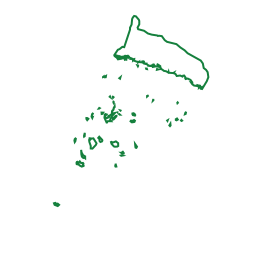 the district of Midi, Hajjah, Yemen, rotated 298°
{"feature_id": "15242507B83103205988735", "entity_name": "Midi", "entity_type": "district", "adm_level": 2, "iso_a3": "YEM", "parent_name": "Yemen", "parent_adm1": "Hajjah", "projection": "albers", "projection_center": [42.574, 16.143], "detail": "fine", "context": "isolated", "style": "outline", "palette": "green", "viewbox_px": 256, "rotation_deg": 298, "n_neighbors": 0, "source": "geoboundaries", "source_scale": "gbopen_adm2", "svg_char_len": 5941}
<svg xmlns="http://www.w3.org/2000/svg" viewBox="0 0 256 256"><g transform="rotate(298 128 128)"><path d="M226.1,80.5L221.0,82.6L217.5,82.7L215.8,83.6L197.6,86.7L197.0,84.9L193.7,83.5L192.3,82.3L186.1,81.7L186.1,83.1L186.5,83.1L186.8,84.3L186.5,85.4L186.1,85.6L186.8,85.9L186.4,86.5L187.2,87.6L187.5,87.3L187.6,87.9L186.8,88.7L187.7,88.8L189.4,91.0L190.4,91.5L190.8,92.8L191.8,94.0L191.5,95.2L190.4,95.1L190.1,93.4L189.7,94.0L188.9,91.5L188.9,92.6L187.4,92.3L186.2,94.0L187.4,92.3L187.9,92.4L188.7,93.6L188.0,93.9L187.6,94.3L186.9,94.0L187.5,94.5L188.5,93.7L189.4,93.6L191.0,97.1L191.2,99.5L190.9,99.3L191.1,99.7L190.4,100.3L191.0,100.7L190.4,100.9L191.0,101.0L190.5,101.1L191.1,101.4L190.3,101.7L190.7,104.8L191.4,106.2L191.0,106.3L191.7,106.7L191.4,106.8L192.6,109.7L192.9,109.9L193.6,109.5L194.2,110.5L194.0,111.0L192.7,111.3L192.8,111.7L192.5,111.4L192.7,110.7L192.4,111.6L192.8,113.5L193.5,114.2L193.1,114.5L192.9,116.6L192.0,115.9L193.0,117.4L193.1,117.9L192.6,117.2L193.8,119.8L193.8,119.3L194.1,119.5L193.8,118.7L195.2,120.6L195.8,120.4L196.2,120.9L195.7,121.9L195.3,121.4L194.6,121.5L194.1,120.4L193.5,121.2L195.7,123.9L196.7,127.1L197.3,126.7L197.0,125.3L197.9,124.3L197.9,123.4L198.1,124.1L197.8,127.4L196.0,128.6L196.1,129.2L195.5,129.6L195.7,130.8L195.3,132.8L196.0,135.1L195.9,137.6L196.5,137.5L195.9,138.0L197.7,142.1L198.5,142.6L197.8,142.6L198.0,144.6L196.8,146.6L198.8,149.4L199.0,152.0L200.1,152.1L200.7,153.0L199.4,155.4L198.8,155.2L198.3,155.9L199.7,157.5L199.8,160.6L198.5,163.3L197.6,163.9L197.5,162.9L196.8,164.3L196.5,166.4L197.5,169.2L198.4,169.0L198.5,169.5L197.7,170.0L197.9,170.9L197.5,171.3L199.0,171.2L199.1,171.6L198.0,171.8L198.8,172.1L198.4,173.0L197.3,172.3L197.3,173.4L197.9,173.7L196.9,174.0L197.2,175.1L206.4,175.6L210.6,175.1L214.7,172.1L216.0,169.6L216.5,166.7L220.1,163.8L221.7,160.6L222.0,145.5L223.2,141.5L223.7,136.4L224.8,131.4L222.4,122.0L222.8,119.2L225.0,114.7L224.0,112.0L223.3,111.2L223.4,110.3L221.6,105.2L220.8,101.2L221.4,96.5L220.0,90.6L221.2,89.3L224.8,89.3L227.8,87.7L228.7,86.7L230.3,82.6L229.8,80.8L227.8,80.4L226.1,80.5ZM101.7,101.0L100.9,98.9L99.2,99.5L99.4,99.8L100.0,99.5L99.9,100.1L99.1,99.8L98.9,99.5L97.5,100.5L94.7,103.5L92.4,104.7L93.1,106.3L98.1,107.6L99.7,107.4L102.6,102.3L101.7,101.0ZM127.6,105.4L126.6,104.4L127.4,101.9L126.6,102.1L125.9,102.5L122.8,106.5L123.1,106.9L123.9,106.6L124.5,106.9L126.1,110.0L126.8,108.4L127.7,108.2L131.5,108.4L135.1,109.4L133.7,107.8L134.3,106.7L135.8,106.1L136.8,106.5L137.4,106.6L138.9,106.1L140.3,106.4L140.9,106.0L138.8,106.0L137.4,106.5L136.0,106.0L135.3,106.0L132.6,107.2L131.0,106.2L129.0,106.1L128.9,105.4L128.4,105.3L130.4,104.9L127.6,105.4ZM107.5,127.8L110.0,126.4L110.5,123.6L108.1,121.5L108.0,119.9L107.6,119.6L106.3,120.9L105.1,124.2L105.3,125.2L106.6,127.3L107.5,127.8ZM74.0,98.8L73.0,98.9L72.0,99.7L72.6,101.7L72.2,102.9L72.2,105.3L73.6,106.6L74.1,106.4L74.2,105.5L75.7,105.3L76.0,104.6L75.0,103.1L75.9,101.1L73.0,100.3L72.9,99.8L73.6,99.3L73.9,100.1L74.4,99.2L74.0,98.8ZM105.3,106.4L104.9,107.8L103.1,109.1L102.7,110.2L103.9,111.3L104.8,111.3L105.4,110.8L106.8,106.7L105.3,106.4ZM86.7,96.9L82.8,99.2L81.1,100.7L80.6,102.2L80.7,102.9L81.4,103.5L81.2,104.4L81.6,104.2L81.8,103.4L82.8,103.4L82.9,101.1L84.7,98.4L86.7,96.9ZM27.8,103.2L28.2,101.4L27.4,100.5L27.8,99.0L26.8,98.0L25.7,99.3L26.1,102.6L27.8,103.2ZM137.7,130.7L137.9,129.6L136.8,129.0L135.8,127.1L135.1,127.1L134.8,128.7L135.3,129.5L136.4,130.8L137.7,130.7ZM143.6,127.0L143.6,125.9L142.9,125.1L142.3,125.4L141.7,126.3L142.2,128.3L142.8,128.3L143.6,127.0ZM185.4,82.3L185.5,82.0L185.2,82.5L185.3,83.4L184.6,85.6L183.9,86.9L186.2,89.8L187.9,91.2L188.2,91.0L187.7,90.9L187.4,90.1L186.5,89.8L185.2,87.6L184.7,85.9L185.5,84.0L185.3,82.5L185.7,82.2L185.4,82.3ZM130.1,110.5L129.7,110.0L128.3,110.7L128.9,111.3L132.9,112.3L133.3,112.1L132.9,111.5L130.1,110.5ZM115.7,144.7L117.2,141.8L114.6,143.5L114.2,144.0L114.4,144.7L115.7,144.7ZM94.1,86.5L93.2,86.2L91.7,86.6L90.6,87.6L91.6,87.7L94.0,87.0L94.1,86.5ZM117.7,87.6L117.3,86.6L116.5,87.0L115.8,88.3L117.5,88.7L117.7,87.6ZM159.4,166.8L158.2,166.1L157.5,166.5L157.6,167.3L158.8,168.0L159.4,166.8ZM129.9,98.9L129.2,97.4L128.0,98.2L128.5,98.8L129.9,98.9ZM103.4,92.1L100.3,92.9L99.8,93.3L100.4,93.6L102.4,92.7L103.4,92.1ZM129.9,102.7L129.7,101.5L128.8,101.2L128.3,101.5L129.1,102.5L129.9,102.7ZM151.7,163.4L149.7,163.3L149.4,164.2L150.2,164.4L151.7,163.4ZM123.3,89.8L120.9,90.5L120.0,91.8L120.9,91.7L120.5,91.3L120.7,90.9L122.0,90.3L125.0,90.2L123.3,89.8ZM88.5,135.8L90.7,133.7L89.3,134.7L88.9,134.4L88.1,134.9L88.1,135.3L88.5,135.8ZM169.6,171.7L168.3,171.5L166.9,171.8L167.5,172.3L169.6,171.7ZM103.8,136.9L103.8,135.8L102.9,133.8L102.8,134.3L103.8,136.9ZM149.4,100.1L148.5,99.9L147.7,100.6L148.4,100.8L148.9,100.1L149.4,100.1ZM159.9,172.3L160.2,171.4L159.5,171.3L159.4,172.0L159.9,172.3ZM169.2,97.5L167.9,97.0L167.8,97.8L169.2,97.5ZM101.2,136.2L101.1,135.5L100.4,134.7L100.3,135.1L101.2,136.2ZM166.5,130.8L165.2,129.8L164.7,130.1L166.5,130.8ZM193.7,126.0L193.0,126.2L193.9,127.2L193.7,126.0ZM132.2,93.7L132.2,93.2L131.4,93.1L131.6,93.4L132.2,93.7ZM187.9,107.6L187.7,106.9L187.1,107.8L187.5,107.8L187.9,107.6ZM164.4,137.4L165.5,136.7L163.8,137.2L164.4,137.4ZM163.6,84.1L163.3,83.9L162.2,84.2L162.4,84.5L163.6,84.1ZM185.8,87.0L185.4,85.1L185.3,85.3L185.3,85.9L185.8,87.0ZM189.3,116.7L189.0,116.1L188.7,116.4L188.9,117.1L189.3,116.7ZM162.0,82.3L161.4,82.0L161.2,82.1L161.6,82.5L162.0,82.3ZM104.3,135.3L104.6,134.6L104.4,134.5L104.3,135.3ZM173.9,159.8L173.4,159.7L173.1,160.0L173.7,160.2L173.9,159.8ZM137.1,112.0L137.1,111.2L136.9,111.6L137.1,112.0ZM139.8,114.0L140.0,113.4L139.9,113.0L139.7,113.4L139.8,114.0ZM143.8,103.3L143.5,103.3L143.2,103.8L143.4,103.8L143.8,103.3ZM153.5,159.4L153.0,159.1L152.8,159.5L153.5,159.4ZM147.4,97.3L147.0,97.2L146.9,97.9L147.4,97.3ZM136.0,114.6L136.2,113.8L136.1,113.7L135.9,114.4L136.0,114.6ZM145.2,102.6L144.6,102.7L143.9,103.1L145.2,102.6Z" fill="none" stroke="#15803d" stroke-width="2"/></g></svg>